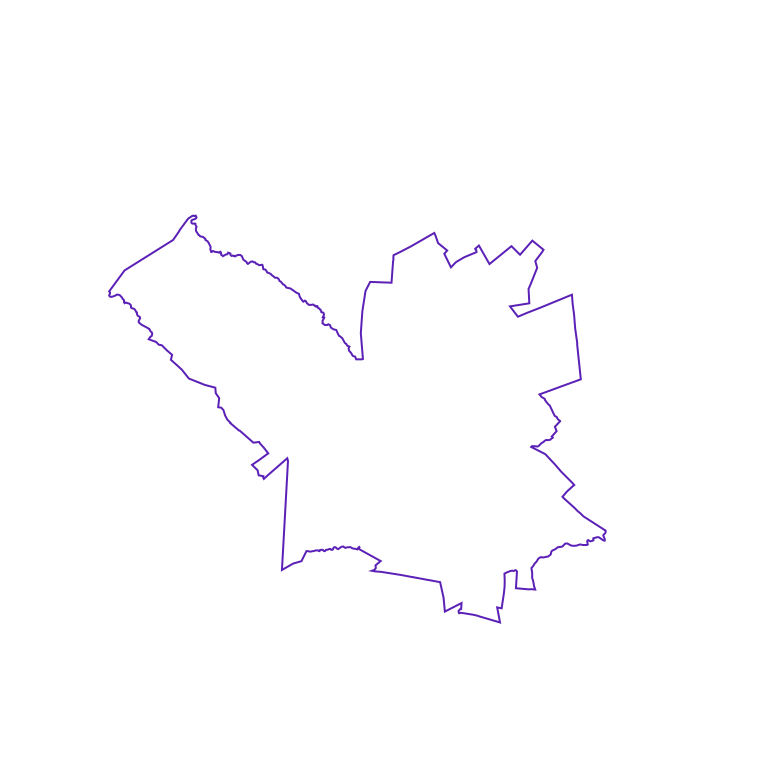 Chirumhanzu, Midlands, Zimbabwe, rotated 132°
{"feature_id": "62879985B8175030067165", "entity_name": "Chirumhanzu", "entity_type": "district", "adm_level": 2, "iso_a3": "ZWE", "parent_name": "Zimbabwe", "parent_adm1": "Midlands", "projection": "orthographic", "projection_center": [30.527, -19.353], "detail": "fine", "context": "isolated", "style": "outline", "palette": "violet", "viewbox_px": 768, "rotation_deg": 132, "n_neighbors": 0, "source": "geoboundaries", "source_scale": "gbopen_adm2", "svg_char_len": 6154}
<svg xmlns="http://www.w3.org/2000/svg" viewBox="0 0 768 768"><g transform="rotate(132 384 384)"><path d="M435.6,134.1L433.9,137.1L430.6,141.3L429.0,144.1L425.3,147.4L422.1,151.3L419.4,151.3L416.8,151.9L413.9,151.8L410.9,152.4L409.3,152.2L408.1,151.8L407.1,150.9L407.1,150.5L406.3,149.5L404.0,147.9L402.6,146.7L399.8,146.1L398.8,146.2L396.6,147.5L395.3,147.5L391.9,146.1L389.0,145.6L385.7,142.8L384.4,142.6L381.8,142.6L380.8,142.1L379.8,140.9L378.8,136.7L377.2,134.6L375.4,132.9L372.0,130.9L370.5,128.4L367.9,125.5L366.9,125.2L365.0,127.7L364.2,128.0L363.4,127.9L363.2,127.2L363.2,126.2L362.8,125.4L361.5,124.4L359.9,123.8L359.0,125.0L358.6,125.2L355.1,123.0L354.3,122.1L354.1,121.5L353.4,116.2L352.8,115.2L352.2,115.5L351.4,116.4L350.0,119.5L349.4,119.9L346.8,119.8L346.1,120.0L344.7,121.1L348.9,147.1L348.7,151.9L348.9,154.8L348.6,159.1L348.6,173.7L348.4,175.9L341.5,176.1L333.3,175.3L331.8,175.0L331.4,178.5L330.6,193.7L329.4,203.0L328.2,217.2L332.3,232.5L331.3,232.5L329.3,230.3L327.8,228.1L327.2,227.8L325.4,227.5L322.9,227.5L320.8,226.8L318.4,226.5L317.0,226.0L316.0,224.5L314.0,223.1L312.8,223.1L311.0,222.6L310.8,222.7L310.7,224.2L303.5,224.2L301.4,228.4L293.8,228.2L293.6,228.6L293.8,229.4L293.8,231.5L293.0,233.4L293.0,234.1L293.4,235.1L293.4,236.1L289.0,246.6L289.2,247.7L288.8,250.7L288.2,253.5L287.5,254.7L288.2,258.1L287.7,261.5L248.8,240.9L225.2,267.1L224.3,267.8L214.7,279.2L205.6,288.8L198.5,297.1L191.9,304.1L222.9,319.0L235.4,325.3L244.4,329.5L242.0,342.3L226.8,330.0L216.6,340.2L212.0,341.7L195.2,347.9L191.4,353.8L180.0,354.8L177.5,355.3L178.2,369.7L196.9,369.4L196.3,381.5L224.3,385.9L217.6,406.1L222.5,406.7L222.9,405.8L222.7,405.1L224.1,403.5L235.9,409.1L244.0,411.7L245.6,412.1L252.5,412.3L246.9,426.3L242.5,426.4L243.1,438.1L239.5,444.6L238.1,447.7L263.5,456.0L275.3,460.4L281.9,463.1L284.2,461.3L284.7,460.6L286.8,459.3L303.7,446.2L317.4,462.6L327.2,460.0L344.5,448.7L361.8,435.2L379.5,416.4L380.2,416.7L384.3,421.2L383.0,423.7L384.0,426.1L382.9,429.4L382.7,432.0L381.3,434.1L379.4,434.7L380.1,436.9L379.5,438.7L379.7,440.5L377.9,445.6L378.0,448.7L378.3,449.7L377.1,452.8L375.8,455.6L377.2,458.2L377.6,461.2L376.4,463.4L376.9,465.4L378.2,465.7L379.8,467.6L380.0,470.4L379.1,470.9L378.3,471.9L374.6,472.8L374.6,473.2L375.4,473.6L375.5,474.1L372.7,474.9L371.7,476.3L371.7,477.1L372.5,478.4L372.5,478.7L371.9,479.3L371.8,480.0L371.2,481.0L371.5,481.9L371.2,482.9L371.7,484.6L371.6,484.9L371.0,485.1L370.7,485.7L371.3,486.4L372.2,486.8L372.3,487.1L371.9,488.0L372.4,488.8L372.3,489.8L373.9,491.0L375.5,492.9L375.4,496.0L374.9,496.9L374.8,498.2L375.0,498.6L376.8,499.0L376.9,499.4L375.7,504.8L373.9,507.6L374.8,510.4L375.6,517.4L377.7,521.1L377.2,522.8L377.1,524.2L377.5,526.0L377.0,528.9L377.3,530.6L376.5,532.5L376.5,534.4L378.0,536.2L377.9,537.8L378.2,539.9L378.0,541.7L378.6,544.1L379.3,545.3L378.4,547.8L378.5,549.1L379.3,550.2L379.4,550.7L377.9,552.4L376.9,553.9L376.9,554.3L379.2,556.2L379.7,558.6L380.2,559.6L379.8,560.8L379.9,561.4L380.6,562.0L380.8,563.4L381.0,563.9L382.3,564.8L385.8,565.5L385.9,566.5L385.3,567.9L385.7,571.5L385.2,573.0L384.1,575.0L384.2,576.9L385.6,578.8L387.3,579.5L387.7,579.9L388.9,580.1L389.2,580.7L389.1,581.2L389.5,581.6L389.6,582.2L390.7,582.8L390.9,584.1L390.7,584.6L389.8,585.4L390.7,587.7L391.6,587.3L392.6,587.4L393.6,588.2L396.7,589.2L396.5,589.8L396.9,590.7L396.9,591.5L395.6,592.9L395.2,594.1L395.4,594.3L396.3,594.0L396.9,594.6L397.2,595.7L398.7,597.6L399.5,599.9L399.8,600.2L401.2,600.4L401.5,600.8L400.0,603.3L398.7,604.1L397.9,605.0L396.4,608.9L396.0,610.5L396.4,613.2L395.6,614.1L395.8,615.0L395.7,616.6L397.3,619.5L397.1,620.2L397.1,621.2L397.3,621.5L396.1,626.0L394.6,627.7L392.7,628.4L391.9,630.5L391.1,631.4L391.5,632.2L392.7,633.2L393.1,634.2L393.0,634.9L392.0,636.1L391.2,636.5L389.8,636.0L387.6,634.7L386.9,634.6L385.9,634.7L385.6,634.8L384.9,636.6L386.2,637.4L386.4,638.3L387.3,638.9L392.1,640.2L406.7,638.8L407.1,638.5L418.1,637.1L473.2,652.8L499.1,650.2L499.3,648.8L500.1,648.2L502.1,647.5L502.5,646.3L501.9,645.2L501.0,644.4L498.9,643.2L496.1,642.2L494.8,640.0L495.0,636.8L495.6,635.2L495.5,633.8L496.0,633.0L497.2,631.9L497.5,630.8L496.1,630.3L495.9,629.3L494.9,627.6L494.7,626.7L494.8,625.0L495.4,624.1L496.3,623.4L496.5,622.9L496.5,622.5L495.4,619.9L495.4,619.2L495.8,617.5L496.3,616.7L496.1,615.5L497.4,614.3L498.0,612.8L498.0,612.0L497.6,610.9L497.7,610.0L498.3,609.2L500.9,608.7L501.9,608.0L502.3,607.3L502.2,603.9L500.4,596.6L500.5,595.9L500.1,595.2L501.1,592.7L501.0,591.0L501.9,589.7L503.7,588.8L505.6,589.2L508.2,588.8L505.2,581.4L505.5,577.6L503.9,575.1L504.3,567.4L504.1,561.0L508.6,558.6L508.6,544.1L510.5,532.6L504.6,516.6L499.6,506.9L503.4,502.9L504.8,497.0L512.2,491.7L510.5,489.0L510.8,485.9L513.7,481.0L515.3,476.6L515.6,471.9L515.9,471.9L515.6,460.6L515.2,460.1L515.0,441.8L510.6,438.0L511.2,436.3L511.7,431.0L513.0,423.6L524.8,426.1L532.4,428.0L532.7,420.2L535.7,416.0L533.3,412.0L534.0,411.8L534.9,409.8L530.0,409.3L530.4,409.4L503.9,406.2L505.5,403.8L590.5,335.4L578.3,331.4L570.9,326.8L560.0,329.8L558.8,328.2L558.4,327.3L557.5,326.2L556.1,325.3L555.3,324.5L553.3,323.3L551.9,321.9L551.8,320.9L551.3,320.1L550.4,320.5L549.6,320.0L548.5,318.9L548.2,318.5L548.4,317.2L548.0,316.3L547.5,316.0L546.0,316.2L545.3,315.3L543.0,314.1L542.4,313.3L542.5,312.2L541.7,311.4L540.8,311.3L539.9,311.8L538.7,311.8L537.9,311.1L537.7,310.3L537.8,308.4L537.4,307.6L534.2,306.9L533.0,306.4L532.0,305.5L531.8,303.5L531.4,302.8L530.8,302.7L528.1,300.3L527.6,299.5L527.3,297.5L525.4,294.6L524.8,293.2L524.0,293.2L522.8,293.6L521.7,293.4L521.8,292.9L523.5,292.6L517.8,268.0L519.4,268.3L520.2,268.2L521.8,268.7L523.1,268.6L524.1,269.0L524.8,268.7L526.1,267.0L528.5,266.7L530.9,268.0L529.4,265.5L525.3,260.1L515.4,244.9L493.7,209.7L503.0,196.7L512.4,186.5L494.9,179.8L499.6,176.1L500.5,176.8L502.8,176.7L503.7,175.7L504.1,174.8L502.5,173.7L495.7,163.2L493.5,159.2L492.8,157.4L483.6,138.2L474.3,150.4L472.0,146.5L471.8,146.6L459.4,154.8L454.4,158.4L449.6,162.5L444.3,167.6L442.4,166.9L438.5,165.0L436.7,163.6L436.4,162.7L435.9,162.3L434.4,161.8L434.1,161.0L434.4,159.7L447.5,149.3L439.9,139.2L437.9,137.2L435.6,134.1Z" fill="none" stroke="#5b21b6" stroke-width="2"/></g></svg>